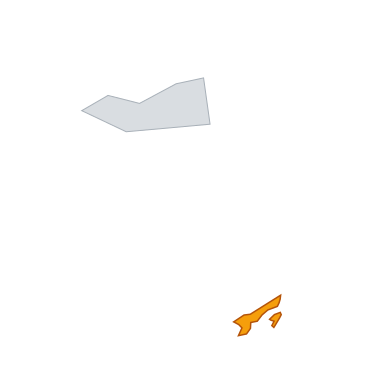 location of Baie Sainte Anne within Seychelles, rotated 117°
{"feature_id": "SYC-5204", "entity_name": "Baie Sainte Anne", "entity_type": "state/province", "adm_level": 1, "iso_a3": "SYC", "parent_name": "Seychelles", "parent_adm1": "", "projection": "albers", "projection_center": [55.733, -4.314], "detail": "fine", "context": "in_parent", "style": "filled", "palette": "amber", "viewbox_px": 384, "rotation_deg": 117, "n_neighbors": 0, "source": "natural_earth", "source_scale": "10m", "svg_char_len": 637}
<svg xmlns="http://www.w3.org/2000/svg" viewBox="0 0 384 384"><g transform="rotate(117 192 192)"><path d="M168.2,278.0L169.6,327.2L144.1,310.7L136.9,279.0L102.8,255.3L85.1,233.5L123.4,206.7L168.2,278.0Z" fill="#d9dde1" stroke="#a8b0b8" stroke-width="1"/><path d="M243.7,66.2L247.5,64.8L251.2,64.1L255.1,64.0L262.7,70.9L269.8,73.8L277.5,75.2L281.6,80.4L287.0,78.0L293.7,79.0L298.9,85.4L290.4,85.8L288.9,90.2L288.8,95.9L278.0,89.8L274.5,84.6L243.7,66.2ZM259.2,58.7L260.8,56.8L264.5,56.8L273.2,57.4L275.5,57.6L274.8,60.2L269.8,60.2L270.4,63.4L270.2,65.1L263.8,62.9L259.2,58.7Z" fill="#f59e0b" stroke="#b45309" stroke-width="1.5"/></g></svg>